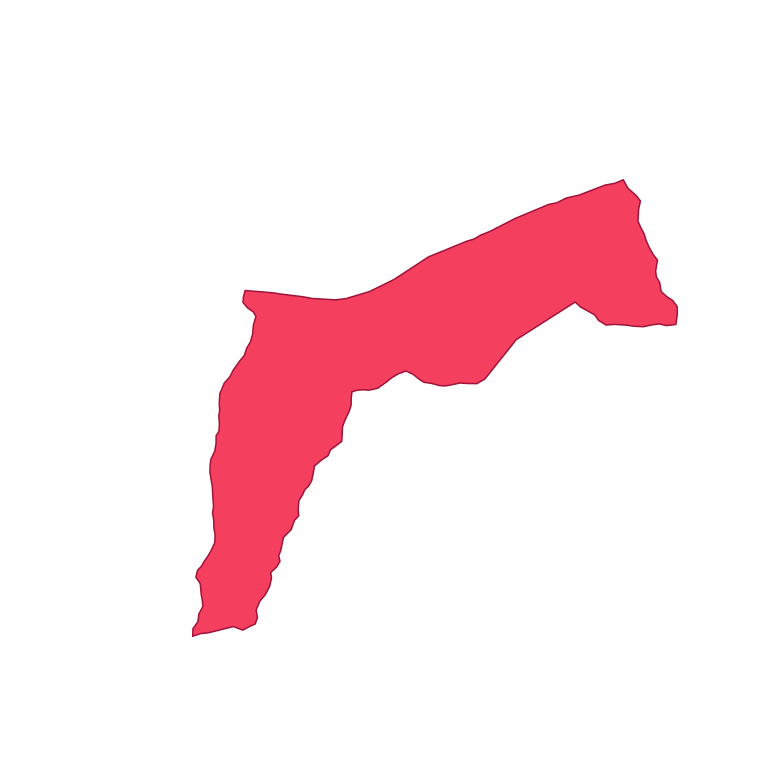 Rubinéia, São Paulo, Brazil (orthographic projection), rotated 45°
{"feature_id": "56859067B49644953402614", "entity_name": "Rubinéia", "entity_type": "district", "adm_level": 2, "iso_a3": "BRA", "parent_name": "Brazil", "parent_adm1": "São Paulo", "projection": "orthographic", "projection_center": [-51.01, -20.263], "detail": "fine", "context": "isolated", "style": "filled", "palette": "rose", "viewbox_px": 768, "rotation_deg": 45, "n_neighbors": 0, "source": "geoboundaries", "source_scale": "gbopen_adm2", "svg_char_len": 2222}
<svg xmlns="http://www.w3.org/2000/svg" viewBox="0 0 768 768"><g transform="rotate(45 384 384)"><path d="M462.6,644.8L459.8,638.7L453.5,634.3L449.8,625.5L449.0,616.7L446.3,608.1L441.6,600.6L437.2,597.4L437.5,589.4L435.8,582.9L430.9,579.8L428.8,574.8L425.7,570.1L421.4,563.6L421.3,552.5L417.2,544.0L416.9,537.5L411.6,533.0L406.2,526.4L404.8,520.1L402.8,514.9L402.9,509.4L401.2,503.5L397.1,497.1L392.8,491.1L393.5,482.3L395.1,474.4L392.7,468.3L393.8,461.3L394.7,454.6L391.1,450.3L385.1,443.9L382.5,438.4L380.6,433.4L378.7,427.8L375.7,422.2L370.7,417.0L366.9,412.3L369.4,407.4L373.3,402.9L377.9,398.8L382.5,391.5L384.4,380.6L384.9,374.7L386.9,366.8L390.3,359.3L397.7,356.6L406.0,355.7L411.1,354.5L417.0,350.1L424.6,345.7L428.8,341.9L432.6,336.4L437.0,329.6L442.8,324.5L449.4,318.1L451.8,309.3L447.1,267.2L446.1,259.3L461.2,190.9L468.4,190.6L476.4,188.3L484.1,186.2L491.0,187.3L499.3,185.3L504.5,179.2L512.7,171.9L520.4,166.0L527.1,159.9L531.8,152.5L536.2,146.9L542.5,142.9L548.3,135.5L542.2,127.4L536.7,122.0L529.0,120.8L522.1,122.3L514.6,122.6L507.2,117.3L500.7,115.6L496.2,112.0L493.0,107.6L489.9,103.0L482.8,102.1L474.5,99.7L468.4,97.4L461.8,93.9L455.5,92.0L448.6,89.4L440.9,80.9L435.9,73.3L428.8,72.4L418.1,73.1L408.8,70.4L405.3,78.9L399.6,87.1L388.3,112.6L381.5,123.4L377.9,134.0L373.5,140.5L359.9,173.6L350.9,201.5L347.1,210.3L345.1,217.9L341.5,224.6L325.6,262.5L317.1,303.2L308.3,329.0L296.7,350.5L290.1,358.9L272.7,374.3L265.6,379.2L246.7,393.9L242.3,397.0L234.0,403.9L219.7,416.1L222.8,421.5L226.5,426.0L233.4,426.7L240.6,425.5L245.6,426.7L249.9,434.6L255.8,441.6L259.9,449.0L261.5,455.5L265.1,462.8L265.7,470.0L267.6,480.9L269.9,487.9L270.4,496.4L274.8,507.0L281.1,514.1L286.6,519.0L289.8,523.4L295.7,528.5L300.6,534.0L301.9,539.3L307.3,544.8L311.9,551.3L314.7,559.4L318.2,564.1L323.5,569.7L328.6,573.3L335.2,578.0L344.0,585.9L350.1,591.2L354.0,596.5L360.0,600.8L365.5,606.1L371.0,609.9L376.5,615.8L379.6,624.2L381.2,630.2L382.3,636.6L383.7,641.8L383.9,647.5L387.5,653.6L395.2,655.1L403.5,662.0L408.4,665.4L413.1,669.1L415.8,677.7L420.5,683.7L421.9,692.1L427.1,697.6L430.9,690.0L435.3,684.7L439.1,678.6L449.0,662.0L458.2,657.9L460.1,651.5L462.6,644.8Z" fill="#f43f5e" stroke="#9f1239" stroke-width="1.5"/></g></svg>